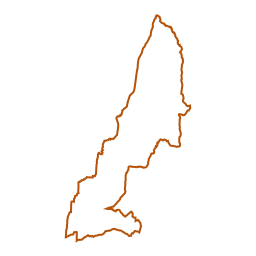 La Mana, Cotopaxi, Ecuador (Equal Earth projection)
{"feature_id": "8360857B47745613666531", "entity_name": "La Mana", "entity_type": "district", "adm_level": 2, "iso_a3": "ECU", "parent_name": "Ecuador", "parent_adm1": "Cotopaxi", "projection": "equal_earth", "projection_center": [-79.149, -0.785], "detail": "fine", "context": "isolated", "style": "outline", "palette": "amber", "viewbox_px": 256, "rotation_deg": 0, "n_neighbors": 0, "source": "geoboundaries", "source_scale": "gbopen_adm2", "svg_char_len": 5879}
<svg xmlns="http://www.w3.org/2000/svg" viewBox="0 0 256 256"><path d="M143.1,167.7L145.7,167.4L146.2,167.0L147.3,165.6L148.1,164.0L148.1,162.2L148.7,160.2L148.8,158.9L149.3,158.2L149.9,156.8L150.5,156.0L151.4,153.6L152.7,153.6L153.1,153.2L153.7,153.3L154.0,153.0L154.2,152.1L154.2,151.2L153.9,150.6L153.9,150.0L155.4,147.9L155.9,147.5L155.6,146.6L156.0,145.9L156.7,146.3L157.4,145.1L157.5,144.3L157.2,143.6L157.2,143.1L157.6,142.5L158.2,142.6L158.3,142.0L159.2,141.3L159.5,140.3L160.1,140.0L160.5,139.4L161.2,139.5L162.9,140.4L163.4,139.8L164.4,139.5L165.2,140.0L166.0,140.2L166.7,141.2L167.9,140.9L168.1,141.8L168.7,142.7L169.5,144.3L170.3,145.4L171.0,145.7L174.2,146.1L176.5,146.9L177.5,146.4L178.6,146.7L179.8,146.1L180.0,145.7L180.0,143.4L179.2,142.2L179.3,140.3L179.3,138.1L179.5,137.0L180.3,136.3L180.6,135.4L180.8,133.3L179.6,129.0L179.9,126.4L179.5,125.3L179.4,124.4L179.6,123.8L179.7,121.6L179.6,119.6L179.8,119.1L180.2,118.6L180.2,117.3L179.8,116.8L179.0,115.3L178.9,114.5L179.2,114.1L179.9,114.2L180.3,114.4L181.0,114.4L182.2,114.8L183.1,115.3L184.2,114.9L184.6,115.0L186.1,113.1L186.3,112.6L186.6,112.3L187.3,110.9L187.9,110.4L188.8,110.5L190.2,108.2L190.1,105.6L188.0,106.3L187.1,105.8L186.6,105.7L186.0,104.4L183.4,101.9L182.9,100.9L183.2,99.3L183.6,98.7L183.2,96.0L182.7,94.5L181.2,93.8L182.4,84.9L181.2,80.0L181.7,79.4L181.8,78.9L181.4,75.4L181.8,74.2L182.1,72.8L182.0,71.7L181.5,70.6L181.5,69.1L182.0,64.6L182.6,63.4L183.1,61.4L182.7,60.3L183.0,59.6L182.5,58.8L182.5,58.0L181.7,57.5L181.7,55.2L181.3,54.4L181.2,53.5L180.9,53.0L180.0,52.3L182.0,49.3L181.5,47.2L180.7,46.3L179.9,46.1L179.7,45.6L179.7,45.0L179.2,45.2L178.1,44.1L178.0,43.2L177.6,42.8L177.8,42.2L177.8,41.7L178.1,41.2L178.1,40.6L177.4,39.9L177.2,38.8L176.3,38.0L176.0,37.2L175.3,36.4L175.3,35.1L174.9,34.6L174.9,33.9L174.3,32.8L173.9,33.0L173.4,32.2L172.7,32.2L172.5,31.9L172.2,31.3L172.2,30.2L171.8,29.7L171.8,28.8L171.3,28.7L171.1,28.3L171.2,27.5L170.9,27.2L170.1,27.2L170.0,26.7L169.8,26.6L169.2,26.8L168.7,26.7L168.1,26.3L166.7,25.6L165.7,25.9L165.2,25.4L164.8,24.4L164.4,24.4L163.9,23.5L163.4,23.6L163.0,23.3L161.8,23.0L160.0,21.2L160.0,20.9L160.4,20.4L160.3,18.6L159.6,17.8L159.6,16.9L157.7,15.5L157.0,15.4L156.6,15.4L156.4,16.2L156.0,16.3L155.6,17.4L155.8,17.9L155.7,18.3L154.9,18.9L154.4,19.5L153.5,22.3L153.0,23.0L152.7,24.9L152.9,26.9L151.5,30.2L150.8,33.3L150.7,35.5L149.4,37.4L148.5,39.5L147.3,41.9L145.4,44.3L145.1,45.7L144.4,46.8L142.9,48.5L141.8,52.9L138.8,58.4L138.4,60.1L137.8,64.2L137.6,68.3L137.0,70.5L136.6,73.2L134.6,88.2L134.0,90.8L133.2,92.3L132.6,93.0L130.6,94.7L129.8,95.7L127.8,101.8L126.8,106.6L126.3,107.1L124.8,108.3L124.4,108.4L122.7,110.3L122.4,110.3L122.2,112.0L121.9,112.8L121.8,113.3L121.7,113.5L121.7,114.2L121.4,114.7L120.6,115.6L120.2,115.1L119.1,116.3L118.9,116.1L118.3,116.5L117.5,116.4L116.6,117.5L116.6,117.8L116.4,118.4L117.9,122.8L118.3,124.8L118.1,127.7L117.0,134.9L113.4,139.0L112.8,138.7L112.1,138.9L111.7,138.8L110.7,139.5L110.2,138.8L109.6,138.6L109.2,138.8L108.8,139.7L108.3,140.0L106.3,140.4L105.7,140.9L104.8,140.6L104.3,141.0L102.8,144.6L102.9,147.3L102.4,147.8L102.2,149.4L102.4,149.8L102.9,150.1L102.2,150.9L101.5,151.2L101.6,151.8L102.5,152.5L102.5,153.1L102.4,153.7L101.7,154.3L100.6,154.2L99.6,153.4L99.1,152.8L98.6,153.0L97.9,154.9L97.9,157.3L97.4,158.3L97.3,159.2L97.0,159.6L97.0,160.5L96.7,161.4L97.0,162.7L96.5,164.9L96.0,174.0L95.8,174.5L95.3,174.9L95.0,176.1L92.9,176.0L92.8,177.5L87.4,177.3L86.9,177.1L86.5,177.7L85.2,178.7L84.4,179.4L83.9,179.3L83.7,179.8L82.8,180.3L81.5,180.2L81.0,181.2L80.0,181.8L79.5,181.6L79.1,182.2L78.7,182.1L78.4,182.5L78.5,187.4L78.2,191.4L78.5,193.1L77.9,193.2L77.0,193.9L76.9,195.1L76.6,195.6L75.1,195.9L74.8,197.9L74.5,198.4L74.0,198.7L74.1,199.2L73.9,201.7L73.1,201.3L72.2,201.7L71.6,201.6L71.2,203.1L71.0,212.1L69.8,212.2L67.7,217.1L67.8,217.6L67.7,218.6L67.3,219.7L67.2,221.2L67.4,222.3L66.9,225.1L67.1,226.0L66.8,228.4L66.7,229.0L66.2,229.9L66.0,234.8L65.8,237.3L66.2,237.2L66.4,236.3L67.0,236.5L68.2,236.2L68.9,235.6L69.9,235.4L70.5,234.8L71.1,234.6L72.9,234.6L73.4,234.2L73.9,232.4L74.7,232.1L75.7,232.2L76.2,231.9L76.4,231.9L76.7,232.1L76.8,232.4L76.7,240.6L77.0,240.3L77.7,240.3L78.8,239.7L79.5,239.9L81.8,239.7L82.8,238.7L83.8,238.2L84.2,237.4L86.0,236.7L88.0,235.2L88.9,236.0L89.7,236.4L90.6,236.0L91.8,236.5L92.7,236.0L93.7,236.8L94.7,236.0L95.6,235.6L97.1,235.6L99.3,234.7L100.3,234.9L102.1,234.6L103.4,233.8L104.8,232.4L105.3,231.4L105.8,231.0L107.3,231.1L108.6,230.5L109.6,230.8L112.7,229.1L114.5,228.9L115.1,229.0L116.3,229.7L117.1,229.7L119.3,230.5L120.5,230.4L121.1,230.6L122.9,231.9L123.7,232.1L125.1,233.4L127.4,234.2L129.1,236.0L129.8,235.8L130.9,235.9L131.5,234.0L131.9,233.3L132.3,233.2L133.1,233.4L134.7,231.1L135.0,230.9L136.0,231.4L137.5,231.4L138.1,231.8L138.9,232.0L139.3,232.4L141.0,226.3L140.5,223.9L140.5,223.1L139.8,222.4L138.5,220.2L137.8,220.0L137.3,220.5L137.0,220.6L136.5,220.6L136.1,220.2L135.6,220.7L135.5,217.6L133.6,217.5L133.1,216.9L132.4,216.4L132.7,214.6L132.7,213.7L132.5,213.2L132.1,212.9L131.8,212.0L131.2,211.6L125.2,216.6L124.6,215.9L123.4,215.4L121.9,213.3L120.7,212.4L119.9,210.5L118.7,209.8L116.7,209.9L116.3,210.7L115.9,210.8L115.6,211.4L115.2,211.3L114.2,210.5L113.3,210.4L112.6,209.2L112.1,209.4L111.9,209.1L110.9,208.8L110.2,209.1L109.8,208.8L108.7,209.1L106.5,208.7L110.0,207.3L111.0,207.7L111.9,206.8L113.5,206.6L119.9,199.5L120.2,199.0L120.2,198.3L120.9,197.2L121.5,197.0L123.1,194.9L124.2,194.0L124.8,193.3L125.5,191.4L125.1,190.6L124.9,189.2L125.0,187.1L125.4,185.2L125.2,183.9L125.4,183.3L125.2,182.5L125.3,181.6L125.7,179.6L125.6,177.8L125.7,175.1L126.1,174.4L126.2,173.1L126.9,172.6L127.4,171.7L127.8,170.4L128.4,169.8L128.5,167.5L128.7,166.8L129.2,166.5L131.4,166.4L132.0,166.8L135.5,167.0L136.1,167.3L137.7,166.7L138.7,167.1L139.4,166.5L140.4,166.6L140.9,166.9L142.2,166.9L143.1,167.7Z" fill="none" stroke="#b45309" stroke-width="2"/></svg>